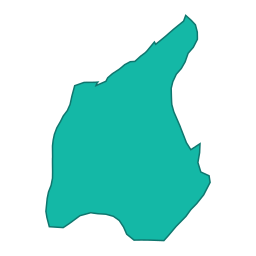 Ogbia, Bayelsa, Nigeria
{"feature_id": "59680162B61116944198945", "entity_name": "Ogbia", "entity_type": "district", "adm_level": 2, "iso_a3": "NGA", "parent_name": "Nigeria", "parent_adm1": "Bayelsa", "projection": "orthographic", "projection_center": [6.331, 4.801], "detail": "fine", "context": "isolated", "style": "filled", "palette": "teal", "viewbox_px": 256, "rotation_deg": 0, "n_neighbors": 0, "source": "geoboundaries", "source_scale": "gbopen_adm2", "svg_char_len": 1363}
<svg xmlns="http://www.w3.org/2000/svg" viewBox="0 0 256 256"><path d="M49.3,226.7L63.2,227.6L65.2,226.3L69.2,223.6L79.8,215.8L79.9,215.7L90.8,212.7L93.2,213.1L97.8,213.7L105.8,214.2L106.2,214.3L113.4,216.3L115.1,217.5L115.4,217.7L119.3,220.5L123.2,226.5L123.5,226.9L126.7,234.2L134.0,240.1L141.4,240.0L150.2,240.1L161.4,240.5L163.9,240.6L168.2,235.8L176.1,226.4L185.9,216.4L190.6,209.9L191.6,208.8L196.7,203.6L203.7,194.8L210.1,182.4L209.3,177.2L209.1,175.8L200.8,172.0L197.9,162.5L199.6,152.7L200.0,143.7L193.6,147.9L190.8,149.7L186.4,142.7L184.4,137.5L180.6,127.8L180.2,126.6L177.7,120.8L174.0,112.3L173.7,111.5L171.8,104.5L171.6,101.7L171.4,96.4L171.2,88.3L172.8,81.7L174.9,77.2L176.3,74.2L181.3,68.5L185.1,61.9L188.1,53.3L193.3,47.3L197.4,39.3L197.4,37.1L197.3,32.1L195.4,24.8L191.3,20.4L185.7,15.4L183.6,21.1L173.5,29.3L165.4,36.4L163.1,38.3L155.7,44.3L154.4,42.0L146.6,51.4L144.9,53.0L140.6,56.2L134.9,61.4L130.3,61.7L124.8,64.6L119.3,69.2L113.3,73.1L111.9,74.1L107.7,77.8L105.9,81.3L96.0,85.6L97.0,83.1L97.8,82.1L94.9,82.3L84.1,82.4L74.7,85.7L71.9,96.1L70.1,104.4L68.3,108.4L67.4,110.5L63.3,115.9L60.6,121.3L56.8,127.9L54.4,134.3L53.2,140.0L52.5,145.8L52.5,147.6L52.6,157.1L52.5,158.5L52.5,162.9L52.6,172.1L52.5,178.2L51.2,184.9L51.2,185.1L48.5,192.0L47.2,198.4L45.9,211.3L46.9,217.4L49.3,226.7Z" fill="#14b8a6" stroke="#0f766e" stroke-width="1.5"/></svg>